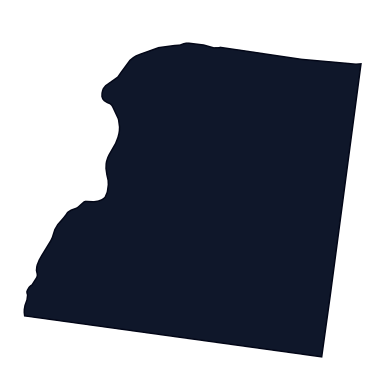 Hancock, Illinois, United States of America, rotated 7°
{"feature_id": "52423323B89026869703767", "entity_name": "Hancock", "entity_type": "district", "adm_level": 2, "iso_a3": "USA", "parent_name": "United States of America", "parent_adm1": "Illinois", "projection": "equal_earth", "projection_center": [-91.372, 40.416], "detail": "fine", "context": "isolated", "style": "filled", "palette": "ink", "viewbox_px": 384, "rotation_deg": 7, "n_neighbors": 0, "source": "geoboundaries", "source_scale": "gbopen_adm2", "svg_char_len": 1184}
<svg xmlns="http://www.w3.org/2000/svg" viewBox="0 0 384 384"><g transform="rotate(7 192 192)"><path d="M344.1,44.2L339.2,45.2L284.4,47.0L202.3,45.0L201.6,45.5L196.0,46.3L185.7,44.7L170.9,44.7L168.2,45.0L165.6,45.9L162.2,47.7L156.6,48.8L141.3,52.8L124.6,61.2L120.0,63.7L117.4,65.8L114.4,68.9L107.2,81.7L104.4,87.0L93.4,97.0L91.5,100.1L91.0,102.0L90.7,104.8L91.0,108.1L92.1,110.4L93.8,112.0L97.0,113.5L100.2,114.4L102.0,115.8L103.3,117.6L109.8,128.0L110.4,129.4L112.2,136.3L112.5,140.2L112.4,142.9L111.9,146.8L110.3,153.1L105.2,165.2L104.3,168.0L103.5,172.1L103.4,174.4L103.8,179.1L105.4,185.1L107.4,190.7L108.1,195.0L108.0,201.8L107.8,203.1L106.4,207.9L105.0,209.4L103.3,210.8L100.0,212.5L95.7,213.7L87.6,214.3L86.2,214.9L84.3,217.0L80.7,221.1L79.3,222.2L74.3,224.7L71.5,227.0L70.8,227.9L70.0,229.6L67.8,233.3L62.8,240.7L60.5,246.0L59.0,254.0L57.9,257.4L50.7,273.2L48.7,278.1L47.3,283.3L47.1,285.3L47.2,288.8L48.4,292.2L48.7,293.8L48.4,295.7L45.0,302.8L44.6,303.7L43.2,304.9L42.0,306.4L40.7,309.4L40.3,311.1L40.6,312.4L41.4,314.2L41.4,319.1L40.1,324.9L39.9,329.0L40.2,332.0L41.0,335.3L340.8,339.8L341.8,279.2L344.1,44.2Z" fill="#0f172a" stroke="#020617" stroke-width="1.5"/></g></svg>